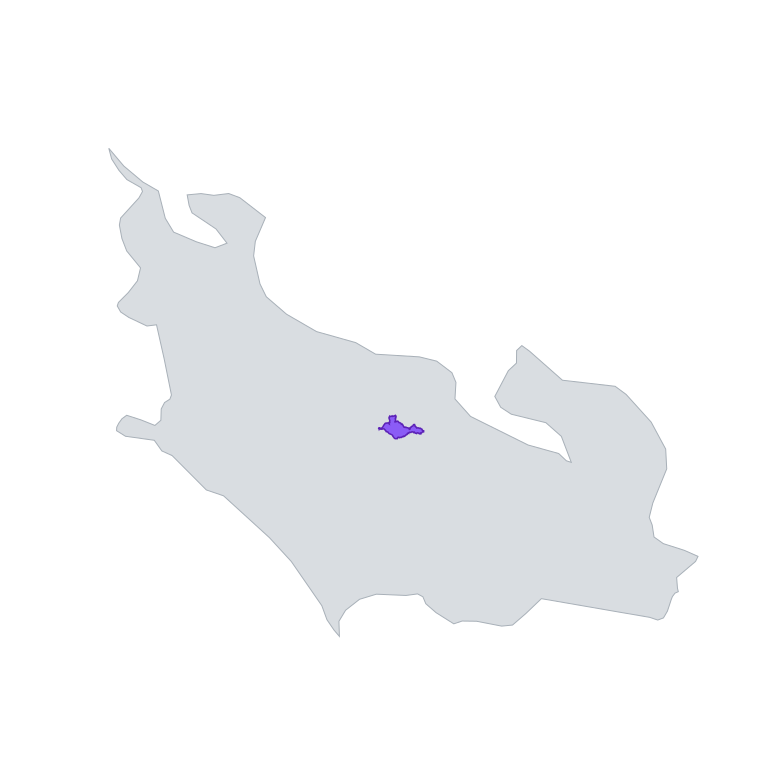 location of Mora, San José, Costa Rica, rotated 168°
{"feature_id": "36466004B40218222859815", "entity_name": "Mora", "entity_type": "district", "adm_level": 2, "iso_a3": "CRI", "parent_name": "Costa Rica", "parent_adm1": "San José", "projection": "robinson", "projection_center": [-84.265, 9.872], "detail": "fine", "context": "in_parent", "style": "filled", "palette": "violet", "viewbox_px": 768, "rotation_deg": 168, "n_neighbors": 0, "source": "geoboundaries", "source_scale": "gbopen_adm2", "svg_char_len": 6651}
<svg xmlns="http://www.w3.org/2000/svg" viewBox="0 0 768 768"><g transform="rotate(168 384 384)"><path d="M655.3,393.9L654.4,397.3L651.6,400.8L647.5,404.5L642.2,406.9L629.3,399.5L616.7,391.1L609.8,394.9L607.1,405.9L602.5,411.5L596.6,413.7L594.2,417.4L593.8,454.4L594.2,489.2L603.8,490.0L619.7,502.1L626.6,509.2L628.7,515.8L626.8,519.0L615.1,526.6L603.7,536.2L598.0,548.2L608.0,567.6L610.1,580.8L609.8,594.5L607.1,601.1L585.0,617.0L580.2,622.5L580.8,626.5L593.0,637.4L598.8,648.0L603.6,660.7L604.2,671.8L593.2,651.3L577.9,631.7L564.6,619.7L563.5,591.6L558.2,576.3L538.1,562.2L521.0,552.4L508.3,554.4L516.1,570.6L536.2,591.3L537.5,599.2L537.2,609.9L523.4,608.3L511.2,603.9L496.3,602.6L486.3,596.2L465.3,571.4L480.2,550.3L484.9,536.4L484.5,507.7L481.0,493.8L464.8,472.5L439.1,449.3L403.0,430.3L386.0,414.9L343.8,403.2L327.7,395.4L315.2,380.9L313.3,370.6L317.7,354.6L306.1,334.3L255.8,294.4L227.6,279.7L221.6,271.0L217.1,268.4L221.4,295.9L233.7,312.5L265.8,328.0L274.7,337.0L278.2,348.8L259.6,371.2L250.1,376.9L247.3,389.2L241.2,392.9L234.8,385.8L208.7,350.6L158.4,333.7L149.3,323.4L130.6,291.2L122.0,261.8L125.1,242.2L145.8,211.7L152.3,198.4L151.0,190.3L151.7,178.2L144.0,169.8L124.9,158.9L112.7,150.1L116.1,145.7L138.0,133.9L139.4,123.2L139.3,119.7L142.9,118.9L146.1,116.1L148.0,113.2L154.0,102.9L159.3,97.1L165.3,96.2L172.6,100.5L200.2,111.5L230.9,123.8L274.7,141.3L292.8,130.1L308.4,121.5L319.2,122.7L342.8,132.7L356.9,135.9L365.6,134.9L380.6,149.5L388.8,160.4L390.2,167.8L394.8,171.7L406.5,172.6L435.2,180.0L452.7,178.5L468.6,170.7L477.4,161.3L480.1,146.4L484.1,153.8L488.8,165.3L490.9,180.1L511.6,229.7L528.0,257.5L564.2,308.0L579.8,317.3L606.1,358.0L615.2,364.7L620.4,376.7L647.7,386.6L655.3,393.9Z" fill="#d9dde1" stroke="#a8b0b8" stroke-width="1"/><path d="M398.1,340.7L398.0,340.8L397.9,340.9L397.6,341.0L396.9,340.7L396.6,340.5L396.4,340.4L396.0,340.4L395.7,340.3L395.4,340.2L394.6,340.3L393.4,340.2L393.1,339.7L392.9,339.4L392.8,339.0L392.4,338.8L392.0,338.1L391.8,337.6L391.9,337.3L391.9,337.1L391.6,337.0L391.0,336.5L390.8,336.4L390.6,336.4L390.4,336.4L390.4,336.2L390.1,335.9L390.0,335.7L389.8,335.3L389.6,334.9L389.4,334.6L389.1,334.2L388.2,333.8L388.1,333.6L387.8,333.4L387.5,333.2L387.0,332.8L386.8,332.6L386.2,331.9L386.2,331.0L386.0,330.6L385.7,330.1L385.3,329.1L384.6,328.3L384.5,328.2L384.2,328.1L383.3,328.1L382.7,327.8L382.6,327.7L382.3,327.8L382.2,327.9L382.2,328.2L382.1,328.3L381.8,328.3L381.6,328.5L381.5,328.9L381.4,329.0L381.2,329.0L380.9,328.9L380.6,328.7L380.3,328.6L380.2,328.6L379.9,328.2L379.5,328.4L379.4,328.4L379.1,328.3L378.8,328.4L378.6,328.3L378.4,328.1L378.1,328.3L377.7,328.3L377.4,328.3L377.2,328.4L377.1,328.6L376.8,328.7L376.6,328.6L376.4,328.6L376.0,328.9L375.8,328.8L375.6,328.5L375.2,328.9L374.9,328.8L374.7,328.6L374.4,328.7L374.3,328.9L373.8,329.1L373.5,329.5L373.2,329.5L372.8,329.6L372.4,329.6L372.1,329.9L371.8,329.9L371.7,330.0L371.6,330.6L371.3,330.9L371.1,330.9L370.8,330.9L370.5,330.7L370.4,330.6L370.2,330.5L370.1,331.1L369.9,331.3L369.6,331.3L369.3,331.3L369.2,331.2L368.9,331.3L368.7,331.5L368.0,331.0L367.9,331.0L367.7,331.0L367.3,331.3L367.1,331.4L366.9,331.4L366.7,331.3L366.3,331.3L366.2,331.3L366.2,331.2L365.9,331.1L365.7,331.1L365.3,330.9L365.3,330.7L365.2,330.6L364.6,330.6L364.7,330.4L364.7,330.0L364.4,330.0L364.1,330.1L363.9,329.9L363.8,329.7L363.6,329.6L363.4,329.3L363.0,329.2L362.8,328.9L362.7,328.8L362.5,328.7L362.3,328.7L362.0,329.0L361.8,329.3L361.5,329.4L360.7,329.0L360.4,328.7L360.2,328.3L360.1,328.2L359.8,328.1L359.6,328.3L359.2,328.3L359.2,327.8L359.2,327.7L358.5,327.6L358.2,327.6L358.1,328.4L358.1,328.5L357.4,328.4L357.1,328.5L356.7,328.9L356.2,329.1L355.9,329.1L355.7,329.0L355.2,328.9L355.1,329.1L355.1,329.4L355.1,329.6L354.9,329.9L355.1,330.1L355.5,330.0L355.7,330.3L355.9,330.4L356.1,330.7L356.1,331.1L356.2,331.4L356.2,331.6L356.3,331.7L356.3,331.8L356.5,331.8L356.6,332.0L356.9,332.4L357.1,332.5L357.3,332.9L357.6,333.0L357.8,333.3L358.0,333.3L358.1,333.2L358.6,333.2L359.0,333.7L359.1,333.8L359.7,334.0L359.8,333.9L360.1,334.0L360.3,334.1L360.6,334.1L360.8,334.2L361.2,334.2L361.2,334.5L361.2,334.8L361.4,334.9L361.7,335.2L361.7,335.3L361.9,335.5L361.9,335.8L362.4,336.2L362.4,336.4L362.3,336.7L362.3,336.9L362.4,337.2L362.5,337.7L362.5,338.0L363.2,338.2L363.4,338.1L363.5,337.8L363.9,337.8L364.1,337.6L364.5,336.9L364.8,336.8L365.0,336.9L365.3,336.9L365.5,336.8L365.7,336.7L366.0,336.7L366.3,336.5L366.3,336.4L366.3,336.2L366.5,336.1L367.1,336.0L367.9,335.7L367.9,335.4L367.8,335.0L367.8,334.8L367.7,334.7L367.9,334.5L368.3,334.3L368.6,334.3L368.6,334.7L368.7,334.8L368.8,334.9L368.8,335.1L369.1,335.4L369.1,335.7L369.3,335.9L369.6,336.0L370.0,336.3L370.3,336.3L370.7,336.5L370.9,336.7L371.2,337.0L371.5,336.9L371.6,337.0L371.9,337.3L372.1,337.4L372.3,337.5L372.5,337.3L372.6,337.2L372.9,337.4L373.1,337.4L373.5,337.7L373.5,337.8L373.5,338.0L373.7,338.6L373.9,338.8L374.0,339.2L373.9,339.4L374.0,339.6L374.0,339.9L374.2,340.0L374.3,340.3L374.6,340.6L374.6,340.8L374.6,341.0L375.4,340.9L375.4,341.5L375.5,341.8L375.7,342.1L375.8,342.1L376.1,342.4L376.3,342.6L376.5,342.9L376.9,343.0L377.2,343.0L377.3,343.0L377.5,343.4L377.5,343.5L377.7,343.9L377.8,344.0L378.0,344.6L378.2,344.8L378.3,344.7L381.1,344.6L381.1,344.8L380.9,344.9L380.9,345.2L380.6,345.2L380.4,345.4L380.3,345.5L380.2,345.7L380.1,345.8L380.1,346.0L380.1,346.3L380.1,346.6L380.2,346.9L380.2,347.1L380.1,347.3L380.1,347.5L380.1,347.9L379.7,348.0L379.5,348.3L379.5,348.6L379.6,348.8L379.4,349.1L379.2,349.1L379.0,349.3L379.0,349.5L379.3,349.7L379.3,349.8L379.2,349.9L379.1,350.0L379.0,350.3L379.4,350.8L379.5,351.0L379.8,350.8L380.0,350.8L380.3,350.7L380.6,350.7L380.9,350.6L381.0,350.4L381.2,350.5L381.6,350.6L381.9,350.6L382.0,350.8L382.2,350.6L382.4,350.8L382.7,350.9L382.7,350.7L382.8,350.7L383.1,350.7L383.4,350.9L383.6,350.9L383.7,351.0L384.5,351.0L384.7,350.9L384.8,351.0L384.8,350.8L385.0,350.7L385.4,350.8L385.5,350.7L385.8,350.6L385.8,350.3L386.0,350.2L386.2,349.8L386.2,349.7L386.1,349.3L386.2,349.0L386.2,348.8L386.0,348.4L386.0,347.5L385.9,347.2L385.9,346.8L386.0,346.6L386.2,346.2L386.3,346.0L386.4,345.6L386.4,345.2L386.9,345.3L386.9,345.2L387.1,345.0L387.2,344.2L387.2,343.8L387.3,343.9L387.5,344.7L388.1,345.1L388.6,345.1L388.8,345.2L389.5,345.1L389.8,345.2L389.9,345.3L390.0,345.4L390.9,345.3L391.2,345.2L391.5,344.9L391.7,344.5L392.0,344.4L392.4,344.0L392.6,343.9L392.8,343.8L394.1,342.2L394.4,342.0L394.6,341.9L395.0,341.6L395.6,341.3L395.8,341.3L396.7,341.4L397.1,341.6L397.2,342.0L397.4,342.1L397.7,342.1L397.9,342.2L398.2,342.1L398.4,341.9L398.5,341.6L398.4,341.5L398.3,341.4L398.3,341.2L398.1,340.9L398.1,340.7Z" fill="#8b5cf6" stroke="#5b21b6" stroke-width="1.5"/></g></svg>